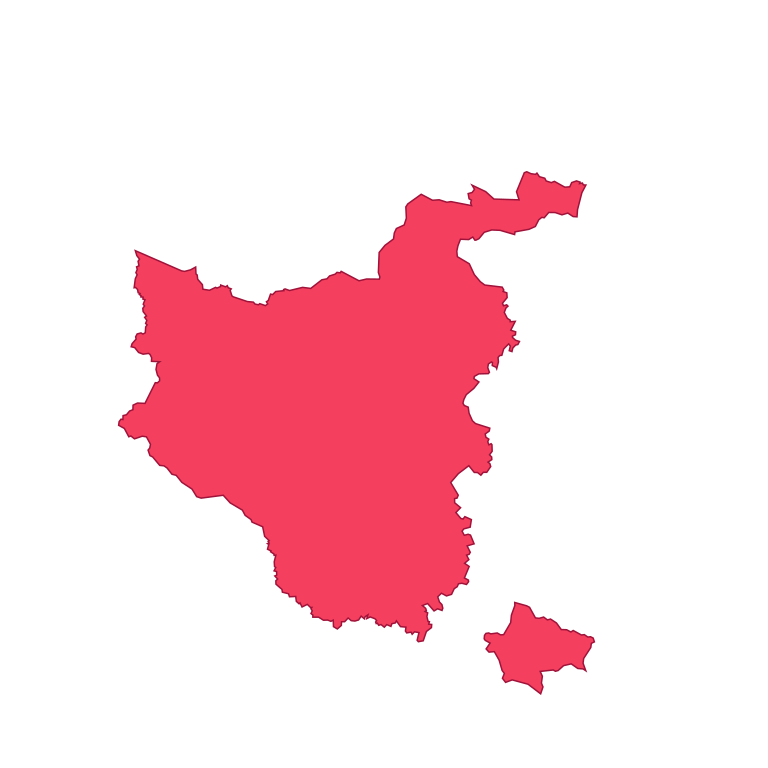 the district of Mion, Northern, Ghana, rotated 17°
{"feature_id": "2480657B42193515445029", "entity_name": "Mion", "entity_type": "district", "adm_level": 2, "iso_a3": "GHA", "parent_name": "Ghana", "parent_adm1": "Northern", "projection": "orthographic", "projection_center": [-0.239, 9.451], "detail": "fine", "context": "isolated", "style": "filled", "palette": "rose", "viewbox_px": 768, "rotation_deg": 17, "n_neighbors": 0, "source": "geoboundaries", "source_scale": "gbopen_adm2", "svg_char_len": 6159}
<svg xmlns="http://www.w3.org/2000/svg" viewBox="0 0 768 768"><g transform="rotate(17 384 384)"><path d="M518.9,134.7L516.4,135.3L515.0,133.8L512.4,135.2L512.5,133.6L508.7,133.5L504.6,136.5L504.0,141.1L499.4,142.9L487.7,140.4L485.1,142.5L479.7,142.4L477.6,140.2L472.0,140.3L468.6,137.6L467.6,139.2L463.1,139.9L458.5,139.3L456.4,140.9L454.5,161.4L459.3,168.4L435.1,175.0L425.0,170.3L410.1,168.1L413.6,171.3L412.3,175.1L408.8,177.3L411.2,182.0L413.8,182.6L413.9,185.5L415.6,187.8L394.7,190.0L391.0,191.8L382.9,191.7L376.7,194.1L364.1,191.7L354.1,204.8L353.1,208.2L356.9,218.9L356.8,226.0L350.4,231.7L349.7,236.6L350.7,242.5L344.4,251.1L340.9,259.6L346.0,279.0L348.8,282.9L348.9,285.1L336.6,288.7L329.9,292.6L310.1,288.8L309.6,290.5L306.4,291.0L305.2,293.2L300.3,296.6L298.7,300.1L294.1,302.5L286.0,314.0L277.9,315.4L266.4,322.2L261.6,322.0L260.4,323.0L261.0,324.0L253.4,327.2L251.4,331.0L249.2,331.2L248.9,338.0L247.5,339.7L249.4,341.4L247.7,343.7L241.7,343.5L240.8,344.9L237.4,345.3L235.1,343.9L229.2,345.1L214.3,344.7L212.8,344.2L209.5,339.4L210.1,337.7L206.9,337.5L205.4,335.8L204.1,337.4L198.9,337.1L199.2,338.6L196.2,341.1L194.7,340.8L189.7,345.4L183.1,346.3L181.3,342.1L175.2,338.3L173.5,334.4L172.0,333.7L169.7,327.2L165.6,331.4L160.4,334.6L157.4,335.0L107.2,329.2L110.1,333.5L113.7,336.1L112.9,338.5L115.1,342.6L113.1,344.3L114.5,346.5L114.2,350.1L116.0,351.7L115.4,356.1L116.9,365.0L118.1,364.3L120.7,365.7L122.2,368.6L124.2,368.8L123.8,369.9L125.9,370.6L126.0,371.8L128.3,371.4L128.6,373.3L130.8,373.3L130.4,378.1L132.2,379.4L131.2,382.1L132.5,385.2L137.0,388.4L135.6,390.2L138.6,392.5L138.3,395.8L140.2,396.7L139.4,399.1L140.7,404.8L138.9,406.7L136.7,406.2L133.3,408.3L132.7,411.5L133.8,413.5L131.3,419.1L131.3,422.3L135.0,422.1L140.1,425.6L144.9,425.9L149.9,423.6L151.6,424.1L154.1,426.8L155.0,430.3L163.0,428.3L161.0,431.0L161.7,436.7L164.8,441.8L167.5,443.7L168.5,446.6L167.0,449.1L164.9,449.6L161.1,472.4L153.8,474.3L150.2,477.6L151.4,482.0L148.6,484.2L146.7,488.7L143.7,490.5L144.7,494.3L142.8,494.5L141.7,497.4L142.3,501.1L148.7,502.4L155.4,509.1L157.1,507.7L161.4,509.4L168.1,504.6L172.3,504.0L178.3,509.9L178.7,513.7L177.7,516.2L181.1,520.9L184.1,521.4L193.3,527.4L197.5,526.6L201.0,527.7L207.6,532.3L212.0,532.1L219.5,537.2L231.1,540.6L237.8,546.5L242.5,546.6L262.8,537.4L271.7,542.7L285.4,546.0L289.6,550.2L296.5,552.5L298.2,554.7L309.7,556.0L314.4,564.6L320.0,567.4L319.2,568.4L320.6,569.7L319.3,570.7L320.7,571.1L320.9,576.1L324.7,576.6L324.6,577.6L328.4,578.7L329.0,580.0L330.6,579.3L331.0,586.1L332.7,590.6L334.1,591.1L333.5,594.8L336.1,594.8L337.3,598.1L335.7,599.5L339.3,601.6L338.1,603.8L339.2,607.0L346.5,610.3L347.7,612.8L354.0,612.5L355.8,615.1L361.7,613.0L363.7,617.5L367.0,619.0L367.7,617.9L370.8,621.2L375.1,617.2L379.1,619.2L380.3,618.8L379.9,620.3L381.7,621.9L381.3,624.9L383.5,625.7L384.1,627.8L389.6,626.1L395.1,627.6L399.3,626.2L402.6,626.5L404.5,624.7L406.6,630.8L411.0,631.9L413.8,627.4L412.9,623.8L415.9,622.8L418.1,618.3L421.8,619.9L425.5,619.2L428.7,617.1L430.0,612.7L433.9,614.3L434.0,612.0L436.1,609.5L436.1,613.4L438.9,610.8L443.9,611.1L446.1,612.4L445.6,614.1L446.6,615.4L447.6,614.7L449.5,616.3L451.5,614.9L455.4,616.5L457.0,613.3L461.5,613.8L461.6,610.9L464.7,609.2L465.1,606.9L470.7,611.2L476.1,610.1L476.7,614.0L478.5,615.4L482.4,613.4L484.1,615.1L485.6,612.1L490.1,611.5L490.6,619.4L492.2,620.4L496.6,618.1L496.9,608.3L500.6,603.1L499.9,600.0L497.0,600.6L496.9,598.0L495.6,598.2L493.0,593.8L492.7,590.1L489.8,589.5L490.8,588.4L489.5,586.4L485.5,584.6L489.9,581.2L498.2,586.4L501.0,583.3L505.7,583.6L505.8,581.2L503.9,578.0L500.8,576.3L497.6,571.8L500.1,567.3L505.7,568.4L510.1,565.4L511.0,559.2L513.3,556.4L513.6,553.3L516.7,551.8L521.5,551.6L522.7,548.3L522.0,546.8L517.6,546.0L518.8,533.6L513.5,531.9L516.5,527.1L513.0,523.5L515.2,522.0L515.7,519.7L510.8,514.5L516.9,510.5L510.9,503.2L508.4,503.1L505.0,505.2L501.7,501.9L502.7,499.2L508.3,495.7L507.2,488.1L500.1,487.2L499.1,490.0L496.8,490.1L490.3,485.9L493.4,479.9L486.3,476.9L485.0,472.9L487.2,471.8L487.5,468.6L476.6,458.7L481.3,448.0L489.0,437.3L496.2,442.2L499.3,441.3L503.3,442.9L504.8,439.4L508.1,438.4L510.2,431.7L508.5,429.2L506.3,428.3L509.2,424.8L508.3,422.3L505.6,420.9L507.1,416.7L505.0,410.5L503.9,409.8L502.1,411.5L500.1,408.9L500.4,406.1L497.0,405.1L495.4,402.2L498.4,398.2L498.1,395.3L483.1,395.1L479.3,393.3L473.9,387.1L471.3,381.5L467.1,381.1L465.1,379.3L464.9,375.5L465.8,370.1L471.2,361.9L474.2,354.3L468.4,352.6L468.2,350.3L471.7,346.6L480.7,343.6L481.4,342.0L478.4,338.0L478.0,334.3L480.3,331.5L481.4,331.7L482.1,334.7L486.3,335.2L487.3,336.4L487.0,329.4L485.3,325.3L486.3,323.0L488.3,322.1L488.2,315.5L491.5,309.2L493.7,310.8L494.0,315.5L496.9,315.6L496.7,311.9L498.5,308.3L500.5,307.1L501.1,303.7L497.0,303.7L493.3,301.9L492.8,300.7L495.3,298.5L494.7,295.6L489.5,295.5L491.2,285.7L486.5,287.5L486.0,286.0L482.8,285.2L478.1,280.4L478.4,275.7L479.8,273.3L478.2,272.4L475.4,274.2L473.7,272.1L476.5,265.4L474.8,260.9L470.8,260.7L471.1,259.1L468.7,256.8L451.4,259.9L446.2,258.0L438.4,253.0L430.4,244.1L416.9,240.8L414.8,235.7L414.3,230.2L414.8,223.2L422.8,221.1L425.9,217.5L428.9,219.9L429.9,219.5L432.3,217.3L435.5,209.6L442.0,205.2L450.1,203.1L465.2,202.9L464.8,200.2L477.4,193.7L482.7,189.1L484.0,181.7L486.2,178.5L488.6,178.2L491.4,171.8L497.6,170.0L504.7,170.2L509.8,166.8L515.9,168.6L519.7,167.7L518.1,160.7L517.3,143.2L518.9,134.7ZM660.8,599.2L656.0,592.8L655.2,588.1L658.8,575.5L658.1,571.4L660.6,569.1L658.3,565.8L655.4,565.3L652.9,566.4L648.8,565.1L646.2,566.3L637.0,564.4L635.2,566.5L630.5,565.6L625.3,567.0L618.8,562.1L612.0,560.1L609.2,561.8L604.8,560.2L600.9,562.7L597.2,563.4L588.5,555.0L585.3,554.4L572.9,554.7L573.9,557.6L573.4,567.8L574.9,575.1L571.7,588.7L568.9,589.8L565.1,589.0L559.2,591.7L556.9,591.5L554.4,592.7L553.6,595.0L554.3,598.4L555.8,599.6L561.2,600.7L559.1,607.5L562.8,609.7L567.8,607.7L568.6,608.5L574.9,614.5L580.7,623.4L583.7,625.6L583.3,630.8L587.5,633.8L593.1,629.5L609.5,629.0L624.4,634.5L624.6,627.2L622.0,624.0L620.9,617.2L617.4,613.2L629.5,608.0L631.9,608.6L634.3,607.1L638.1,600.8L644.9,596.9L652.5,599.4L657.7,598.3L660.8,599.2Z" fill="#f43f5e" stroke="#9f1239" stroke-width="1.5"/></g></svg>